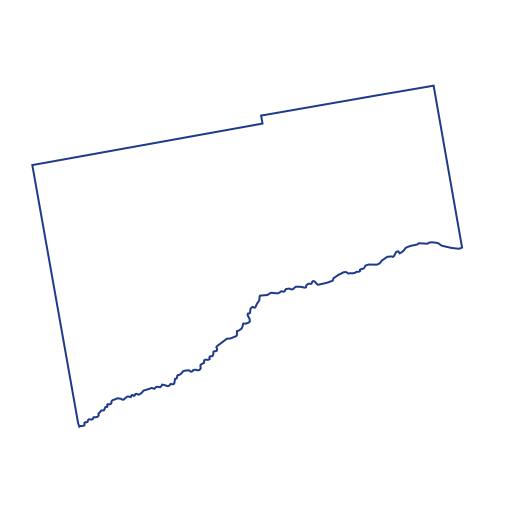 the district of Wilkin, Minnesota, United States of America, rotated 260°
{"feature_id": "52423323B40322351115851", "entity_name": "Wilkin", "entity_type": "district", "adm_level": 2, "iso_a3": "USA", "parent_name": "United States of America", "parent_adm1": "Minnesota", "projection": "natural_earth1", "projection_center": [-96.658, 46.326], "detail": "fine", "context": "isolated", "style": "outline", "palette": "blue", "viewbox_px": 512, "rotation_deg": 260, "n_neighbors": 0, "source": "geoboundaries", "source_scale": "gbopen_adm2", "svg_char_len": 3113}
<svg xmlns="http://www.w3.org/2000/svg" viewBox="0 0 512 512"><g transform="rotate(260 256 256)"><path d="M228.6,460.4L392.9,460.5L393.2,402.0L393.4,285.4L385.3,285.4L384.4,51.5L121.7,51.8L118.6,52.4L118.9,52.9L119.1,53.8L118.7,55.1L119.0,57.6L121.6,58.1L122.0,59.2L121.6,60.1L121.9,61.3L123.8,62.3L124.2,63.2L123.4,65.9L123.9,67.1L125.3,67.9L125.4,68.3L125.1,69.6L125.1,71.1L125.1,72.0L126.3,73.4L128.2,73.5L129.6,75.7L130.3,76.2L130.7,76.8L130.4,79.0L130.7,79.8L132.7,80.9L133.4,81.6L133.3,83.2L134.1,83.6L135.5,83.7L135.8,84.1L135.3,86.2L135.5,87.2L136.1,88.0L137.9,88.4L138.8,89.5L139.9,95.0L138.7,98.5L137.9,99.1L137.5,100.2L137.9,101.4L138.6,102.3L139.8,104.8L139.9,105.6L138.8,108.2L140.3,109.1L140.7,109.9L140.6,110.4L139.5,111.2L139.5,111.6L139.5,112.1L141.0,113.3L141.0,114.5L139.9,116.0L139.9,117.1L141.1,119.7L143.0,121.9L143.6,127.4L144.2,130.2L142.9,132.9L144.4,135.0L144.4,135.9L143.4,138.7L144.6,140.6L145.6,141.1L145.0,143.1L143.3,146.1L143.2,147.3L143.7,148.6L144.6,149.3L144.8,150.0L144.1,151.7L144.1,152.5L144.8,153.4L149.1,155.0L149.2,156.6L150.2,157.2L151.5,157.5L151.9,157.9L152.3,158.4L152.1,159.3L152.5,160.7L154.1,163.1L155.1,163.9L155.4,166.6L155.1,170.2L153.5,171.5L153.3,172.1L153.7,173.7L154.3,174.0L154.5,174.6L154.6,176.4L153.8,178.1L153.4,179.5L153.7,180.7L155.1,182.1L157.1,182.1L158.5,182.6L159.3,184.4L159.6,186.0L160.1,186.4L161.7,186.6L162.4,187.1L162.7,188.5L162.1,190.3L162.1,191.1L162.6,192.5L164.4,192.5L164.9,192.9L165.2,193.9L164.9,195.0L165.1,195.8L166.3,196.7L169.1,197.5L169.5,199.0L169.2,200.0L169.6,201.0L171.3,201.6L172.8,201.1L173.5,201.4L174.6,203.1L179.6,213.0L179.2,216.6L180.6,222.8L181.2,223.4L185.3,224.2L185.5,226.1L187.0,229.2L189.3,230.7L191.5,231.5L191.6,232.5L191.1,234.2L191.8,237.5L192.7,238.6L194.9,238.8L199.4,237.4L200.7,238.1L200.6,239.5L201.1,240.2L205.1,241.5L206.5,243.7L205.3,245.7L205.6,246.5L208.4,248.3L211.9,251.6L215.6,252.6L216.3,253.1L215.6,260.3L217.0,263.8L217.1,265.0L215.4,270.7L216.0,273.2L216.6,274.0L216.8,275.0L216.0,277.2L216.5,278.3L217.7,279.0L218.2,279.8L218.2,282.8L217.1,284.8L216.8,286.0L217.0,286.9L218.5,289.1L218.8,290.2L217.8,295.0L216.6,297.9L216.3,298.9L216.7,299.9L218.3,300.4L219.0,301.5L219.5,302.6L219.5,303.7L219.0,304.8L219.2,305.9L220.1,306.5L220.9,306.9L221.2,307.4L221.4,308.0L221.2,308.5L220.9,308.9L220.2,309.7L219.2,310.2L217.1,311.7L216.9,312.7L217.4,322.0L218.4,327.3L220.6,328.4L223.2,334.0L224.1,337.7L224.4,337.9L224.8,339.9L224.5,342.0L224.1,342.5L222.7,343.8L222.7,346.1L222.2,347.6L222.2,350.6L222.8,351.7L222.9,352.2L222.8,353.3L222.7,354.0L222.7,354.8L222.8,355.3L223.2,355.9L223.8,355.9L224.4,356.0L225.0,358.0L224.7,358.4L225.2,360.2L226.5,361.3L227.5,362.1L227.8,363.6L228.0,365.6L226.5,373.4L227.0,375.8L228.1,377.6L229.5,378.8L232.4,385.2L232.0,389.7L231.3,390.6L232.0,391.9L235.7,394.7L235.9,396.9L233.7,397.9L234.3,399.8L235.7,402.5L237.8,404.5L238.4,406.2L239.1,409.7L239.3,416.7L240.3,418.6L238.4,426.6L238.4,427.2L239.1,428.7L239.0,431.5L237.7,435.9L236.9,437.8L234.0,440.5L230.1,449.6L227.9,457.0L228.2,459.2L228.6,460.4Z" fill="none" stroke="#1e3a8a" stroke-width="2"/></g></svg>